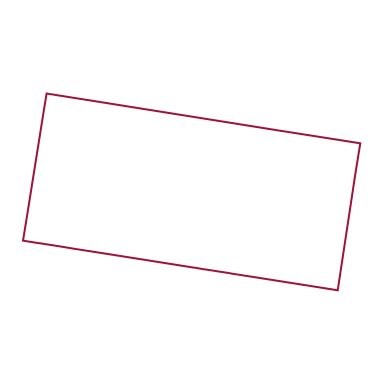 outline of Goshen, Wyoming, United States of America, rotated 99°
{"feature_id": "52423323B4869089026067", "entity_name": "Goshen", "entity_type": "district", "adm_level": 2, "iso_a3": "USA", "parent_name": "United States of America", "parent_adm1": "Wyoming", "projection": "robinson", "projection_center": [-104.151, 42.088], "detail": "fine", "context": "isolated", "style": "outline", "palette": "rose", "viewbox_px": 384, "rotation_deg": 99, "n_neighbors": 0, "source": "geoboundaries", "source_scale": "gbopen_adm2", "svg_char_len": 639}
<svg xmlns="http://www.w3.org/2000/svg" viewBox="0 0 384 384"><g transform="rotate(99 192 192)"><path d="M117.5,324.3L117.5,351.0L132.5,351.1L247.0,351.2L266.5,351.3L266.5,342.8L266.5,336.2L266.4,333.4L266.4,328.8L266.4,326.7L266.4,310.6L266.5,299.8L266.4,253.6L266.4,247.3L266.4,244.6L266.4,227.0L266.4,226.1L266.4,220.4L266.4,219.2L266.4,218.2L266.4,213.8L266.4,212.1L266.4,196.0L266.4,195.9L266.4,191.7L266.4,180.8L266.4,178.1L266.3,177.0L266.5,168.0L266.4,167.0L266.3,142.8L266.4,140.2L266.3,66.7L266.3,33.0L266.3,32.8L266.3,32.7L148.1,33.5L117.6,33.4L117.7,117.9L117.5,324.3Z" fill="none" stroke="#9f1239" stroke-width="2"/></g></svg>